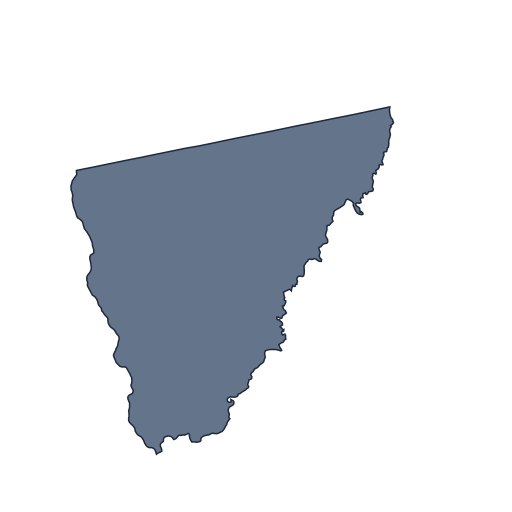 the district of Luciara, Mato Grosso, Brazil, rotated 157°
{"feature_id": "56859067B22609509698935", "entity_name": "Luciara", "entity_type": "district", "adm_level": 2, "iso_a3": "BRA", "parent_name": "Brazil", "parent_adm1": "Mato Grosso", "projection": "natural_earth1", "projection_center": [-50.968, -10.98], "detail": "fine", "context": "isolated", "style": "filled", "palette": "slate", "viewbox_px": 512, "rotation_deg": 157, "n_neighbors": 0, "source": "geoboundaries", "source_scale": "gbopen_adm2", "svg_char_len": 5733}
<svg xmlns="http://www.w3.org/2000/svg" viewBox="0 0 512 512"><g transform="rotate(157 256 256)"><path d="M425.1,112.4L423.4,112.9L420.7,112.9L419.0,113.1L418.4,114.6L418.3,118.7L417.2,120.6L413.8,121.5L412.3,124.3L411.1,124.9L409.3,125.0L407.3,124.7L405.7,123.9L404.5,122.6L403.9,121.2L403.4,119.2L401.0,119.2L397.7,120.9L396.3,120.9L395.1,120.1L393.2,119.9L391.7,119.0L389.0,119.1L387.8,119.2L387.0,118.0L387.8,115.7L388.2,113.5L388.0,111.5L387.7,109.8L386.2,109.4L383.5,107.8L380.2,107.1L378.9,107.6L378.1,109.6L376.4,110.5L374.5,110.8L373.1,110.7L368.8,109.7L367.1,110.0L365.5,109.9L364.5,109.4L361.9,107.9L360.3,107.6L357.3,107.7L355.7,107.8L353.8,108.6L352.2,109.8L350.4,111.3L348.9,112.2L347.5,114.1L346.4,114.9L343.6,116.4L344.1,118.3L343.1,119.6L342.3,120.8L342.2,123.4L341.9,124.8L341.2,126.0L339.9,127.1L338.1,127.6L336.9,127.6L335.3,127.9L334.2,128.6L333.5,130.0L333.4,131.3L335.2,133.8L335.9,131.5L338.2,131.8L339.0,133.7L338.2,135.7L337.0,136.3L335.0,136.5L331.3,134.6L329.8,134.2L328.5,134.1L327.2,134.5L326.4,135.9L324.5,135.6L321.6,136.3L318.0,136.8L316.3,137.5L314.6,137.7L313.7,138.7L314.0,140.8L312.6,142.4L311.0,144.6L308.7,144.6L307.7,145.2L307.0,146.5L307.2,148.9L306.1,150.1L304.1,150.6L302.9,151.4L301.5,152.5L298.6,152.7L297.1,153.2L295.1,154.3L291.5,155.1L290.1,155.8L288.9,157.4L287.1,159.0L286.4,162.1L285.7,163.9L284.8,164.8L283.7,165.1L280.9,164.8L277.8,163.7L274.8,162.4L273.1,161.4L271.4,160.0L270.5,159.1L269.3,159.0L269.3,160.5L269.8,163.0L269.5,165.6L266.4,166.2L265.3,166.0L264.1,166.3L262.7,167.6L261.1,167.7L260.5,169.9L259.8,171.3L259.9,172.9L262.3,172.9L262.7,174.4L262.0,176.3L260.0,175.9L259.1,177.4L260.2,177.3L260.3,179.1L261.5,181.5L259.9,182.0L258.5,182.2L258.0,183.6L258.3,185.5L259.2,186.4L259.2,188.1L260.7,188.6L261.4,189.8L260.7,191.7L258.9,190.6L257.6,189.0L256.5,188.7L255.7,189.7L254.6,190.7L252.6,191.0L250.3,191.6L250.3,194.0L251.4,195.8L251.3,197.9L251.0,199.7L249.5,199.2L247.9,200.7L246.8,201.7L246.1,203.1L247.2,204.4L246.7,205.7L245.8,206.4L245.8,208.0L245.3,209.9L244.9,212.0L238.0,212.3L237.1,210.1L235.7,212.4L234.6,213.6L233.8,214.5L233.0,213.1L231.5,212.9L230.7,214.4L229.2,214.1L228.8,215.4L227.7,216.3L227.6,218.7L226.1,220.3L224.8,220.6L223.5,220.4L221.4,219.0L220.0,219.1L218.9,220.4L217.7,222.7L217.0,224.4L216.4,226.4L215.4,228.5L213.9,229.4L211.9,230.8L210.7,230.9L209.3,232.2L207.9,232.3L205.9,230.9L203.5,230.8L202.2,229.9L201.1,228.0L199.8,226.3L198.0,225.5L197.0,227.1L197.9,229.3L197.8,231.1L197.1,232.4L195.4,234.4L195.4,236.9L195.3,238.2L194.5,239.3L192.7,239.2L189.9,240.6L188.6,240.7L185.7,240.1L184.4,241.0L183.7,243.2L184.1,247.1L183.6,248.7L180.5,252.3L179.7,254.5L178.5,256.2L176.5,255.7L173.8,257.0L171.6,257.8L171.3,260.9L170.2,262.4L168.9,263.0L166.9,266.5L165.1,267.2L159.5,267.8L158.0,268.2L155.6,268.6L154.5,269.2L151.1,272.4L149.5,272.6L146.9,269.8L146.2,268.4L145.6,266.6L146.7,264.8L146.7,259.7L146.5,258.1L146.0,256.0L145.0,254.5L144.0,253.7L142.6,252.7L141.1,252.8L141.0,254.1L141.7,255.7L143.0,255.7L142.3,258.0L142.0,259.7L142.8,261.3L144.1,262.9L143.9,265.1L142.6,265.5L141.3,264.8L140.2,264.1L138.4,264.2L137.7,267.6L136.8,268.4L134.6,267.9L134.2,269.8L133.3,271.5L131.8,271.4L130.5,271.4L130.7,269.9L129.4,269.6L128.3,270.2L127.0,271.2L124.6,270.4L123.1,270.3L121.8,271.7L122.2,273.9L121.4,275.0L120.2,277.0L119.3,278.0L118.7,279.1L118.7,281.7L118.2,283.2L117.0,284.3L116.6,285.9L115.1,286.1L113.7,284.5L112.9,285.4L112.4,287.8L109.4,288.5L108.1,289.4L107.3,291.5L106.0,291.7L104.8,290.8L103.4,290.4L103.1,291.9L103.2,293.3L102.8,294.7L101.6,295.6L100.8,296.9L99.8,297.7L98.6,299.1L98.2,301.4L96.9,301.6L95.0,301.1L93.7,302.8L92.7,304.2L91.5,304.5L90.8,305.9L89.7,307.7L89.3,309.3L88.2,310.9L87.6,312.0L86.4,312.8L85.8,314.1L84.8,315.2L84.3,318.5L83.7,319.8L82.8,321.0L81.1,322.1L81.1,323.6L79.2,323.9L77.4,324.9L77.2,326.7L77.0,328.3L77.7,330.7L77.4,333.5L76.9,335.8L76.2,338.1L74.5,341.0L111.9,348.3L122.0,350.4L138.3,353.8L148.0,355.7L149.5,356.1L151.7,356.5L167.4,359.8L192.2,364.7L225.5,371.6L229.3,372.4L233.7,373.3L241.3,374.8L242.7,375.1L247.1,375.9L265.9,379.7L279.6,382.9L319.2,390.9L320.5,391.1L326.2,392.3L339.1,395.0L377.3,402.7L378.5,403.0L387.9,404.9L388.4,403.6L389.1,401.1L390.6,400.0L393.0,398.7L395.9,396.7L396.9,395.3L399.1,392.6L400.3,389.0L400.4,386.7L401.0,383.4L402.9,380.1L403.4,378.8L404.1,375.2L404.7,372.5L404.9,367.5L405.1,365.3L405.3,364.0L405.4,362.4L405.3,361.0L403.4,358.1L402.5,355.7L402.5,354.1L403.3,348.6L402.2,343.8L401.9,342.1L401.5,339.0L401.5,336.0L401.5,334.0L401.5,332.4L402.5,329.2L402.9,325.1L404.2,322.1L406.8,321.7L408.1,321.4L409.5,319.9L409.9,318.7L410.3,317.1L411.1,313.1L412.1,309.8L412.9,308.2L413.7,307.2L414.7,306.3L415.7,305.6L418.7,304.0L419.8,302.8L420.7,301.1L421.1,299.8L421.4,297.2L422.7,294.9L422.7,293.2L421.9,284.0L420.3,281.6L419.6,279.1L419.5,276.2L419.9,274.0L420.0,272.1L419.1,269.7L418.8,267.8L419.5,265.9L418.8,264.1L418.2,260.8L416.7,257.0L417.6,254.3L418.3,251.3L417.8,248.0L417.1,246.5L416.3,245.3L415.3,243.3L414.7,238.9L413.9,236.6L413.8,234.3L414.8,232.5L416.0,231.2L417.9,228.2L419.1,226.7L421.0,225.4L422.2,223.9L424.3,222.2L426.0,220.4L426.3,217.8L426.2,216.1L426.3,212.4L424.9,209.1L424.4,207.7L423.0,206.4L419.9,205.1L419.0,204.0L418.1,196.9L418.2,194.9L417.9,192.9L419.1,189.2L420.3,187.2L421.4,186.3L421.8,184.9L421.6,179.9L423.4,177.8L427.4,177.4L428.9,176.5L429.7,174.8L429.9,169.8L431.5,166.1L433.9,162.9L434.2,161.3L435.5,157.9L436.5,156.7L437.5,154.4L437.5,152.5L436.6,149.9L435.7,148.2L434.9,144.9L435.6,141.9L435.2,139.2L434.4,136.9L432.5,134.7L431.8,132.4L431.5,130.1L431.6,127.0L431.1,124.3L430.4,122.6L429.5,121.7L428.4,120.9L427.1,120.6L425.3,118.8L424.7,116.5L425.1,112.4Z" fill="#64748b" stroke="#1e293b" stroke-width="1.5"/></g></svg>